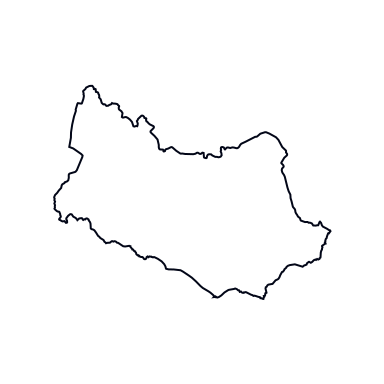 Ko Kha, Lampang, Thailand, rotated 119°
{"feature_id": "78962969B17989923372642", "entity_name": "Ko Kha", "entity_type": "district", "adm_level": 2, "iso_a3": "THA", "parent_name": "Thailand", "parent_adm1": "Lampang", "projection": "robinson", "projection_center": [99.355, 18.138], "detail": "fine", "context": "isolated", "style": "outline", "palette": "ink", "viewbox_px": 384, "rotation_deg": 119, "n_neighbors": 0, "source": "geoboundaries", "source_scale": "gbopen_adm2", "svg_char_len": 6038}
<svg xmlns="http://www.w3.org/2000/svg" viewBox="0 0 384 384"><g transform="rotate(119 192 192)"><path d="M103.4,145.1L103.4,152.7L103.8,156.1L104.3,157.1L107.9,160.5L111.8,161.9L112.4,162.4L113.1,163.5L122.2,169.6L125.9,172.3L127.5,172.7L129.7,172.7L130.9,173.1L131.6,173.5L132.2,174.5L132.8,176.9L133.4,178.3L135.0,179.9L135.6,182.2L136.4,183.1L138.8,183.8L138.8,184.1L137.7,185.6L137.8,187.0L138.4,187.9L139.0,188.2L140.3,187.7L141.2,186.9L142.6,186.6L143.8,185.1L145.5,183.9L147.0,184.0L147.9,184.6L148.8,185.7L149.2,187.3L150.0,188.7L150.2,192.0L149.8,193.4L150.4,194.8L151.0,195.7L151.7,196.2L153.0,196.3L155.0,195.7L155.5,196.0L155.8,196.7L156.0,198.0L155.8,198.4L152.2,200.8L152.6,202.0L154.3,202.7L154.6,203.1L154.9,203.7L154.8,205.9L155.0,206.3L155.4,206.8L156.8,207.5L158.3,209.2L162.1,216.5L163.0,219.0L163.9,220.5L164.0,220.9L163.6,225.7L162.5,230.8L162.6,231.6L163.2,232.3L165.6,233.9L167.2,235.5L168.1,235.8L169.3,235.5L170.2,236.2L170.2,236.7L169.3,237.3L169.0,238.0L170.3,240.6L170.1,241.7L168.9,242.8L166.9,243.9L162.8,247.6L161.1,252.1L160.1,256.3L159.6,257.4L159.0,257.7L158.3,257.6L154.9,256.6L153.9,256.7L153.4,257.0L153.1,257.7L153.3,261.6L153.0,263.2L152.3,265.1L152.3,266.1L151.2,267.2L150.0,267.5L149.8,267.9L150.3,269.5L149.5,270.3L149.1,271.7L149.3,272.6L149.8,273.2L154.3,274.6L155.1,274.4L156.7,274.6L158.3,272.7L159.9,272.0L161.0,271.8L161.3,272.8L162.7,274.1L162.9,275.1L159.8,278.5L158.7,281.5L158.3,284.2L158.4,285.9L158.8,286.7L160.4,288.4L160.5,289.0L160.4,289.7L156.7,291.0L155.6,292.9L155.2,295.7L154.8,296.3L153.7,297.0L152.5,297.2L152.1,297.5L151.9,298.7L151.4,299.6L151.4,300.3L151.9,301.9L152.9,303.9L153.0,305.1L154.3,305.2L154.8,305.5L156.0,306.6L157.0,307.0L158.1,308.4L158.1,309.2L157.6,310.1L157.6,310.5L157.8,311.4L158.3,311.9L158.3,312.4L157.8,314.2L155.2,316.8L154.4,319.1L153.2,319.5L152.1,320.4L151.4,321.6L150.7,322.2L150.5,322.9L151.0,324.6L148.8,326.1L148.8,326.6L149.5,327.3L149.6,327.7L148.4,328.6L147.5,330.6L148.1,331.8L149.1,333.2L152.0,335.2L153.7,335.2L156.3,336.1L156.8,336.0L158.4,334.5L159.3,334.2L159.8,333.5L160.9,332.9L163.4,332.1L167.9,331.3L168.4,331.7L169.6,334.9L170.4,335.0L176.3,333.7L177.3,332.9L183.1,331.8L191.0,329.5L198.5,326.7L203.3,324.2L212.1,321.2L211.5,317.0L212.5,307.3L213.1,305.4L214.5,304.9L228.8,303.3L230.8,303.7L231.3,304.1L235.0,307.8L235.8,308.2L236.8,308.1L239.4,306.6L241.8,305.9L243.3,306.4L245.2,308.0L246.1,307.9L248.0,309.1L249.3,309.2L251.9,308.4L255.2,309.2L258.2,309.5L260.9,310.3L263.0,310.1L263.8,309.8L264.4,308.9L265.9,308.4L266.8,307.1L268.8,306.8L269.9,305.4L271.0,305.1L271.9,304.4L273.3,304.2L273.7,303.2L274.2,301.1L274.2,300.0L273.7,298.7L273.8,298.3L275.2,296.6L276.1,296.0L276.8,295.0L277.8,294.7L279.8,295.1L280.4,294.9L280.6,294.4L280.4,293.3L280.6,292.5L280.5,291.0L279.3,289.4L280.1,287.3L279.6,286.6L279.1,286.5L277.8,287.3L276.6,288.9L275.8,289.2L272.8,288.8L270.5,287.8L270.1,287.2L269.9,286.3L271.1,283.9L271.1,281.2L271.7,279.4L272.2,278.6L269.8,277.8L268.5,276.1L268.3,275.4L269.1,274.1L269.2,273.6L268.0,273.0L267.8,272.1L266.6,271.8L266.1,271.2L266.0,270.5L266.2,269.1L266.8,268.7L267.8,266.6L268.4,265.9L268.9,265.4L272.9,262.9L273.2,261.9L272.8,260.6L272.8,258.9L274.0,256.3L275.9,252.9L276.1,251.4L276.7,249.9L276.9,246.1L278.0,244.4L278.1,243.1L278.5,242.4L277.5,241.4L276.1,239.2L274.7,238.7L273.7,238.1L273.5,236.7L272.7,236.1L272.4,235.3L272.3,234.3L272.7,233.0L272.3,231.9L272.8,225.9L272.1,224.1L269.5,220.8L269.5,219.9L269.3,219.6L269.9,219.2L270.8,216.7L271.2,216.4L270.9,215.5L271.6,214.4L271.5,212.9L271.9,212.6L272.3,211.5L273.4,210.5L273.7,209.1L273.4,208.6L273.6,208.4L273.5,208.0L273.7,207.8L273.4,207.3L273.9,206.8L273.6,206.0L273.6,205.2L272.9,203.8L273.1,202.8L273.8,201.7L273.8,201.1L273.5,200.4L272.8,199.9L272.2,199.8L270.9,200.1L269.9,199.6L270.1,198.4L269.0,198.0L268.7,197.0L268.3,196.5L268.4,195.7L268.1,195.1L268.1,194.4L267.4,193.8L267.2,193.3L267.0,189.5L267.4,184.9L268.6,181.3L269.8,179.4L270.5,178.6L271.0,178.3L271.7,177.4L271.0,174.9L268.6,170.4L266.0,164.1L266.0,161.4L266.6,154.1L267.0,150.6L268.3,145.1L270.1,139.1L270.7,136.1L270.9,129.3L271.1,127.1L271.9,123.3L272.5,122.6L272.2,121.7L272.5,121.5L273.1,121.7L272.8,121.3L272.7,120.6L272.4,120.4L272.3,120.0L272.0,120.1L272.1,118.8L270.9,117.6L268.2,116.2L264.1,114.9L260.3,112.8L259.6,112.2L256.3,108.1L255.5,107.5L255.2,105.8L255.6,104.1L255.2,103.3L256.2,101.8L255.3,101.0L255.7,99.9L255.6,98.8L255.3,98.2L254.8,98.1L254.6,97.4L253.8,97.0L253.4,96.0L253.2,90.6L252.9,89.1L253.1,88.1L253.0,87.7L252.5,87.4L252.1,86.1L251.6,83.3L251.1,81.7L251.1,81.1L251.7,80.7L251.2,79.4L251.2,78.5L250.9,77.7L249.3,78.2L248.8,78.0L248.1,78.7L247.6,78.0L246.9,78.0L245.0,78.8L244.7,78.7L244.7,78.4L244.0,78.0L240.8,80.9L239.5,81.3L238.8,80.8L237.1,80.8L236.0,80.3L233.3,77.0L228.7,76.1L227.0,74.8L226.0,74.3L224.1,74.2L221.9,74.5L218.4,74.5L217.8,73.9L215.9,73.5L214.8,73.7L212.6,72.9L211.7,73.0L210.0,72.3L208.5,71.0L205.4,67.0L203.7,59.0L201.7,58.2L200.9,57.3L199.9,56.6L198.7,56.9L196.5,56.0L196.3,55.8L196.3,53.8L194.9,53.0L192.6,52.4L191.2,51.3L191.3,50.6L189.9,50.1L189.9,48.9L188.8,48.1L188.0,48.3L187.2,47.9L186.7,48.0L182.5,50.0L180.5,50.5L179.4,50.4L178.3,50.9L177.1,51.1L176.5,51.9L176.0,52.1L172.8,50.6L172.4,50.2L171.6,51.4L170.9,51.2L170.0,51.8L168.2,52.2L167.1,51.9L165.5,52.4L162.2,52.9L161.9,52.8L161.8,52.2L159.1,51.9L158.6,52.8L158.9,53.6L158.7,56.0L158.8,60.8L158.1,62.3L156.4,64.2L155.9,65.7L156.5,65.9L159.9,65.5L160.7,66.8L161.3,67.3L162.4,69.5L162.5,69.8L161.4,71.8L161.5,73.3L161.8,74.3L162.3,75.0L162.2,76.4L163.5,78.6L164.2,82.9L163.9,83.5L162.5,84.9L162.1,87.4L161.0,89.1L160.3,90.6L159.4,91.8L157.7,93.1L157.1,93.9L156.2,96.3L155.8,96.8L151.9,100.4L149.6,102.8L146.6,104.7L144.5,107.8L141.9,110.6L133.7,118.2L132.5,119.8L131.2,122.4L129.7,123.9L128.9,124.3L127.8,124.6L125.8,124.1L125.0,124.3L124.3,125.2L123.5,127.8L123.0,128.1L117.3,127.9L114.1,126.8L113.4,126.8L112.6,127.3L111.8,129.0L110.5,129.6L110.2,130.0L108.9,134.9L104.5,141.7L103.4,145.1Z" fill="none" stroke="#020617" stroke-width="2"/></g></svg>